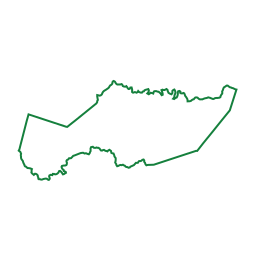 outline of Itambé, Bahia, Brazil, rotated 177°
{"feature_id": "56859067B38142697000043", "entity_name": "Itambé", "entity_type": "district", "adm_level": 2, "iso_a3": "BRA", "parent_name": "Brazil", "parent_adm1": "Bahia", "projection": "albers", "projection_center": [-40.457, -15.162], "detail": "fine", "context": "isolated", "style": "outline", "palette": "green", "viewbox_px": 256, "rotation_deg": 177, "n_neighbors": 0, "source": "geoboundaries", "source_scale": "gbopen_adm2", "svg_char_len": 4518}
<svg xmlns="http://www.w3.org/2000/svg" viewBox="0 0 256 256"><g transform="rotate(177 128 128)"><path d="M60.1,101.5L53.5,109.1L42.8,120.9L41.3,122.6L33.7,131.1L25.4,140.3L17.7,160.7L18.8,161.0L19.7,161.5L20.9,162.2L22.2,162.6L23.1,163.1L24.2,163.4L25.3,164.3L26.2,165.1L27.3,165.2L28.2,164.6L29.0,164.1L30.1,163.5L30.7,162.5L31.2,161.1L31.7,160.2L32.1,159.4L32.0,158.5L32.1,157.4L32.8,156.7L33.7,155.4L34.2,153.9L35.5,153.4L36.4,153.4L37.3,153.3L38.4,153.4L39.7,153.2L40.6,152.7L41.5,152.5L42.3,152.8L43.4,153.3L44.4,153.8L45.4,154.1L46.3,154.4L47.3,154.0L48.2,153.8L49.1,153.7L50.1,153.5L51.0,153.2L52.3,152.7L53.6,152.8L54.7,152.8L55.9,153.5L57.0,154.7L58.2,155.0L59.2,154.9L59.9,154.3L60.9,153.2L61.8,153.1L62.9,152.5L63.7,151.8L64.9,151.5L65.9,151.5L67.1,151.5L67.1,152.9L67.3,153.9L67.7,154.7L68.3,155.8L69.2,157.1L69.6,158.5L70.0,159.6L70.7,160.1L72.1,159.7L73.4,159.9L74.1,160.5L73.8,161.6L74.6,162.3L75.9,162.1L76.4,161.1L76.4,160.0L76.6,158.5L77.2,156.9L77.8,155.9L78.8,155.6L79.7,155.0L80.4,154.5L81.4,154.9L80.4,156.0L80.0,157.1L79.9,158.1L79.2,159.6L78.8,160.5L78.8,161.6L79.1,162.9L79.7,164.0L80.6,163.7L81.7,162.8L81.8,161.5L81.9,160.5L82.8,159.4L83.8,159.8L84.7,160.3L85.7,161.0L86.0,161.8L86.4,162.8L86.5,163.9L87.5,164.9L88.7,164.4L89.5,164.0L90.6,164.1L91.6,164.5L92.6,164.1L92.1,162.7L91.8,161.5L91.6,160.5L91.6,159.4L92.6,159.0L93.3,160.0L93.7,160.9L94.6,161.7L95.5,162.6L96.7,162.8L97.7,163.3L98.9,163.4L99.9,163.3L100.5,162.6L101.0,161.1L102.1,161.6L103.6,162.0L104.5,161.2L105.5,160.6L106.9,161.5L106.0,162.4L105.4,163.5L105.2,164.6L105.7,165.8L107.0,165.5L108.1,165.3L109.5,164.8L110.2,163.8L111.4,163.6L112.2,162.6L113.5,162.7L115.0,163.3L115.9,164.4L116.6,163.3L117.6,162.8L118.6,163.3L119.4,163.5L120.3,163.2L121.1,163.0L122.0,163.7L122.0,164.8L121.8,165.6L122.0,167.0L122.3,168.3L123.5,168.3L124.3,167.0L125.4,166.9L126.2,167.7L126.7,168.8L127.5,169.9L128.4,169.4L129.8,169.6L131.0,170.2L131.5,171.7L132.3,172.2L133.6,171.8L134.7,172.0L135.8,171.9L136.8,172.2L137.7,173.1L138.6,174.9L139.8,175.7L140.8,175.2L141.1,174.4L141.4,173.0L142.4,172.0L143.5,171.5L144.3,170.5L144.9,169.5L145.8,168.7L146.5,168.3L147.6,167.6L149.1,166.8L150.3,166.1L151.0,165.4L151.6,164.6L151.9,163.8L152.5,162.8L153.6,162.0L154.8,161.8L155.9,162.2L157.0,162.5L157.1,161.2L156.9,159.7L156.8,158.7L156.6,157.6L157.3,156.6L157.5,155.3L158.4,154.1L159.4,153.4L180.6,138.0L182.6,136.6L183.9,135.7L188.6,132.3L189.7,132.5L226.6,146.8L228.7,140.6L234.2,123.1L236.5,115.8L237.5,112.5L238.3,111.1L236.8,109.8L236.4,108.7L236.1,107.8L236.4,107.0L236.5,106.0L236.3,105.0L236.4,103.8L236.1,102.6L235.5,101.7L234.8,100.7L234.5,99.4L234.0,97.9L233.4,96.8L233.3,95.9L232.8,95.1L232.0,94.8L231.4,94.2L230.5,93.3L229.0,93.1L227.4,92.7L226.1,92.0L226.5,91.0L226.5,89.9L226.8,88.6L226.0,87.5L225.3,86.9L224.5,86.1L223.3,87.2L222.3,87.0L221.2,86.2L220.6,85.3L220.6,84.2L220.1,83.1L220.2,82.0L219.6,81.5L218.6,81.5L217.5,81.0L216.5,81.0L215.1,81.5L213.7,81.7L212.6,81.8L211.6,81.5L210.8,80.7L209.8,80.3L208.8,81.4L208.9,82.4L209.3,83.7L209.0,84.7L207.7,85.3L206.0,84.9L205.5,86.1L204.2,86.0L203.2,85.5L201.8,85.7L200.9,86.2L199.9,87.0L199.5,87.7L199.0,88.6L198.1,88.7L197.0,87.7L196.2,86.5L195.4,85.1L194.4,85.3L193.3,86.0L192.3,86.5L192.5,87.4L193.4,87.9L194.3,88.3L194.4,89.4L195.3,90.1L196.0,91.2L196.4,92.6L196.0,93.5L194.8,93.8L193.9,93.9L192.8,93.8L191.5,94.2L191.0,95.2L190.8,96.5L191.2,97.6L191.1,98.6L190.5,99.3L189.4,99.7L188.4,100.9L187.5,100.8L186.4,100.9L185.1,102.1L184.1,103.1L183.1,103.3L176.8,105.4L175.2,105.6L174.0,105.6L172.8,104.8L171.3,105.0L170.1,104.4L168.5,103.8L167.6,104.8L167.2,105.9L166.6,106.8L166.5,108.0L166.5,109.4L165.9,110.8L164.1,111.1L163.2,110.1L162.1,109.9L161.2,109.9L160.4,110.2L159.5,109.8L158.6,109.8L157.5,109.0L156.9,108.0L156.2,107.0L155.1,106.8L154.0,107.3L153.1,107.4L151.8,106.4L150.6,106.1L149.8,105.7L148.9,106.6L147.7,107.2L146.2,106.0L145.9,104.0L144.9,103.5L143.8,103.3L143.2,101.6L143.0,100.2L141.9,98.6L141.9,97.8L142.0,96.6L142.2,95.3L142.6,94.4L142.2,93.4L141.6,92.5L141.5,91.5L140.8,90.4L139.5,90.7L138.4,91.3L137.3,91.5L136.3,91.2L135.0,91.6L134.1,90.9L133.1,90.5L132.5,89.6L131.5,89.1L130.7,89.0L129.6,88.3L128.3,88.5L127.6,89.3L126.4,89.7L125.2,90.2L124.1,90.6L123.1,91.6L121.9,92.8L120.8,92.7L119.9,92.8L119.4,93.6L118.8,94.3L117.9,94.4L117.1,94.3L116.2,94.7L115.3,95.5L114.1,95.7L113.5,94.8L113.6,93.4L112.8,92.3L112.4,90.8L111.6,89.8L110.2,90.1L105.7,90.0L104.1,90.0L69.8,99.3L68.6,99.6L61.3,101.6L60.1,101.5Z" fill="none" stroke="#15803d" stroke-width="2"/></g></svg>